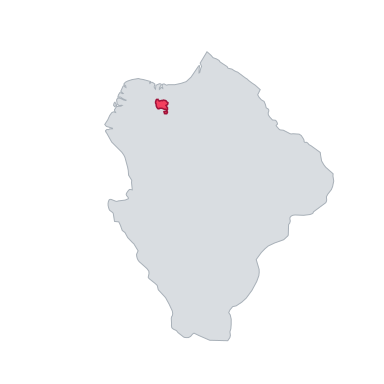 location of Orhionmwon, Edo, Nigeria, rotated 124°
{"feature_id": "59680162B17520648889441", "entity_name": "Orhionmwon", "entity_type": "district", "adm_level": 2, "iso_a3": "NGA", "parent_name": "Nigeria", "parent_adm1": "Edo", "projection": "natural_earth1", "projection_center": [6.057, 6.084], "detail": "fine", "context": "in_parent", "style": "filled", "palette": "rose", "viewbox_px": 384, "rotation_deg": 124, "n_neighbors": 0, "source": "geoboundaries", "source_scale": "gbopen_adm2", "svg_char_len": 5950}
<svg xmlns="http://www.w3.org/2000/svg" viewBox="0 0 384 384"><g transform="rotate(124 192 192)"><path d="M295.3,79.2L305.0,94.4L307.1,105.8L307.9,111.4L309.5,112.1L312.5,112.4L314.6,113.5L315.9,115.3L316.8,117.1L316.9,118.1L316.4,124.9L315.6,127.4L316.1,130.7L316.0,132.2L315.6,133.1L314.3,134.3L312.5,135.4L308.2,138.6L307.0,139.1L305.2,139.2L303.6,140.0L301.7,141.7L297.8,148.2L294.4,154.8L291.9,165.3L288.9,168.6L288.4,171.6L287.9,178.2L287.5,180.2L287.0,180.7L283.7,182.0L281.8,183.5L280.7,186.5L279.3,196.7L278.8,198.3L277.8,200.1L276.1,202.0L274.7,203.1L270.9,203.8L267.4,211.4L267.3,212.7L265.8,219.7L263.1,224.9L262.9,228.3L259.5,232.9L257.7,236.0L259.5,239.3L259.7,239.8L253.8,245.3L253.4,246.2L253.2,250.0L252.7,251.0L251.6,252.4L250.1,254.0L248.4,255.2L246.6,256.0L244.8,256.3L243.9,255.8L243.3,254.7L242.3,250.0L241.8,249.0L240.6,248.1L236.1,242.9L233.3,241.1L232.7,241.2L232.3,241.7L231.5,244.3L230.7,245.3L229.3,245.6L226.8,245.6L224.9,245.3L224.5,244.8L223.6,242.7L218.0,247.4L216.0,248.5L213.5,254.0L209.9,256.8L207.5,259.2L200.9,266.8L199.6,269.0L198.3,272.3L195.5,286.5L191.0,295.4L190.3,297.3L190.1,297.2L189.5,298.0L187.7,297.5L186.9,295.9L185.8,295.6L184.0,293.2L183.6,293.6L185.5,299.7L184.8,302.1L179.3,302.2L174.5,303.0L171.2,302.9L169.5,302.0L168.8,299.7L168.5,300.0L168.3,301.2L167.3,302.2L163.6,302.4L162.0,300.8L160.7,299.0L159.2,298.3L159.5,299.0L161.1,300.7L160.9,303.2L157.9,306.0L156.0,306.2L154.9,304.9L154.3,302.9L153.9,300.0L153.2,298.0L152.7,298.0L153.3,301.3L153.3,304.3L154.7,306.6L152.5,307.3L149.9,307.4L149.6,306.5L149.3,304.6L148.8,304.1L148.3,307.4L142.9,308.3L142.2,308.2L142.0,307.5L142.4,306.6L142.3,305.2L141.1,306.3L140.9,308.6L140.3,308.9L138.2,308.6L136.0,307.4L132.4,304.6L127.9,299.9L127.2,297.8L126.0,295.3L123.6,288.2L124.1,287.9L125.1,288.3L125.6,287.6L123.8,287.1L123.4,286.6L123.2,285.0L123.3,283.1L126.1,282.1L126.8,281.0L127.1,279.8L123.7,281.6L120.5,279.6L119.8,278.3L120.1,277.4L123.9,277.3L125.2,276.4L124.4,276.1L123.0,276.2L122.4,275.6L122.5,274.1L122.0,274.4L121.4,275.7L119.2,276.7L118.0,275.7L117.8,273.6L117.6,272.7L116.5,271.9L112.7,266.3L107.9,261.7L103.7,258.5L97.2,257.0L83.8,257.0L83.1,256.6L83.9,255.8L85.1,255.4L89.4,252.8L88.7,252.4L84.2,254.0L82.6,254.2L80.6,257.3L67.4,258.0L67.5,256.6L68.1,252.5L68.9,249.7L68.0,246.2L67.8,243.1L68.3,242.1L68.5,241.0L68.4,233.0L69.1,231.8L69.1,231.0L67.8,227.6L67.8,225.0L67.5,222.5L67.1,221.3L67.6,211.6L67.5,209.2L67.9,207.5L68.1,203.3L68.1,199.2L69.0,192.7L74.7,191.9L76.0,189.3L76.8,186.1L76.6,182.9L78.4,180.1L80.7,177.6L80.6,174.9L81.2,174.1L82.2,173.5L83.8,173.1L85.4,171.8L86.4,169.4L87.3,165.6L85.9,163.0L85.9,162.4L86.4,161.0L87.3,159.6L88.0,159.1L89.7,159.5L90.2,158.9L91.3,154.7L91.2,153.6L89.7,150.8L88.8,143.2L88.4,142.2L87.2,140.8L84.1,135.5L84.1,133.0L85.5,129.7L86.3,128.2L87.5,127.3L87.8,126.6L87.4,125.6L86.8,125.0L86.7,123.5L87.3,121.5L87.1,119.3L87.5,107.8L90.0,105.6L93.8,101.9L95.7,98.0L96.7,95.0L98.0,85.2L99.9,84.1L103.7,80.6L108.8,78.5L112.1,77.8L117.9,78.2L120.8,77.9L123.3,75.9L124.4,75.4L126.0,75.1L140.5,80.2L141.8,79.9L142.9,80.3L144.7,81.6L148.9,86.4L153.4,93.7L154.8,95.3L156.2,96.2L157.6,96.5L158.7,96.4L159.7,95.7L161.1,94.3L163.2,93.6L165.0,93.7L173.9,88.1L174.8,88.0L180.3,89.3L187.9,94.9L194.1,98.6L198.4,99.8L203.5,100.7L212.1,101.0L218.6,93.1L221.1,91.3L224.0,89.8L230.0,88.3L240.1,87.3L249.6,87.7L255.4,89.1L261.7,91.7L264.3,94.2L268.5,94.6L271.5,94.1L272.5,91.6L275.5,88.4L280.0,85.4L283.7,83.3L286.7,82.4L289.4,80.0L291.5,79.2L295.3,79.2ZM164.0,305.5L161.9,306.3L160.6,306.1L162.4,302.8L163.3,303.5L164.5,303.8L164.0,305.5Z" fill="#d9dde1" stroke="#a8b0b8" stroke-width="1"/><path d="M142.5,258.2L142.5,258.3L142.4,258.3L142.3,258.2L142.1,258.0L141.9,257.7L141.7,257.4L141.5,257.2L141.4,256.9L141.1,256.7L140.9,256.8L140.7,256.8L140.4,256.8L140.1,256.8L139.9,256.8L139.7,256.9L139.6,257.0L139.4,257.1L139.4,257.3L139.5,257.4L139.5,257.5L139.4,257.7L139.4,257.8L139.2,257.8L139.1,257.7L138.8,257.9L138.5,258.1L138.4,258.2L138.3,258.4L138.2,258.4L137.9,258.6L137.7,258.6L137.5,258.8L137.1,258.6L136.9,258.9L136.6,259.0L136.4,259.1L136.1,259.2L136.1,259.3L135.9,259.5L135.8,259.9L135.8,260.0L135.7,260.2L135.6,260.4L135.5,260.5L135.4,260.7L135.4,260.8L135.2,261.0L134.9,261.1L134.8,261.4L134.8,262.0L134.5,262.0L134.2,261.6L132.9,261.2L132.8,261.3L132.4,261.5L132.1,261.5L131.7,261.7L131.5,262.2L131.4,262.2L131.5,262.6L131.5,262.8L131.4,263.1L131.3,263.3L131.2,263.6L131.2,263.9L131.0,264.3L131.0,264.6L130.9,264.7L131.0,265.1L131.1,265.3L131.1,265.5L131.3,265.8L131.4,266.0L131.5,266.3L131.5,266.6L131.6,266.8L131.7,267.0L132.1,267.3L132.3,267.5L132.7,267.4L132.9,267.8L133.0,268.0L133.1,268.4L135.0,270.0L134.7,270.6L134.6,270.8L134.6,271.2L134.6,271.6L134.5,271.8L134.4,271.9L134.6,272.0L134.6,272.3L134.6,272.6L134.9,272.9L135.0,273.1L135.4,273.2L135.7,273.1L136.0,273.1L136.4,273.0L136.7,272.8L136.8,272.8L136.9,272.7L137.0,272.7L137.3,272.7L137.5,272.7L137.9,272.5L138.2,272.2L138.3,272.1L138.6,272.0L138.7,271.8L138.9,271.5L139.0,271.3L139.1,270.9L139.4,270.7L139.6,270.6L139.8,270.5L140.0,270.3L140.2,270.1L140.4,269.9L140.6,269.7L140.8,269.5L140.9,269.4L141.0,269.3L141.0,269.2L141.3,268.8L141.4,268.6L141.5,268.2L141.7,267.8L141.8,267.7L141.8,267.4L141.9,267.2L142.0,266.6L141.7,266.3L141.5,266.2L141.7,265.7L141.8,265.7L141.7,265.7L141.4,265.7L141.2,265.7L140.9,265.7L140.7,265.7L140.5,265.4L140.3,265.2L140.2,265.0L140.1,264.7L139.9,264.5L139.7,264.2L139.4,263.7L139.3,263.3L139.2,263.0L139.2,262.6L139.1,262.4L139.0,262.1L139.0,261.9L139.0,261.7L139.0,261.1L138.8,260.9L138.6,260.8L138.4,260.6L138.2,260.2L138.4,259.9L138.4,259.6L138.5,259.2L138.7,258.8L138.9,258.7L139.0,258.5L139.1,258.4L139.3,258.3L139.6,258.5L139.8,258.6L139.9,258.8L140.1,258.9L140.4,259.2L140.6,259.4L140.7,259.7L140.8,260.1L141.1,260.2L141.3,259.9L141.6,259.6L141.8,259.4L141.9,259.2L142.1,258.9L142.3,258.6L142.5,258.3L142.7,258.2L142.5,258.2Z" fill="#f43f5e" stroke="#9f1239" stroke-width="1.5"/></g></svg>